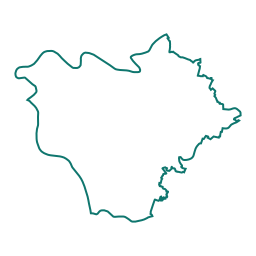 outline of Hung Ha, Thái Bình, Vietnam
{"feature_id": "81297802B42785936874032", "entity_name": "Hung Ha", "entity_type": "district", "adm_level": 2, "iso_a3": "VNM", "parent_name": "Vietnam", "parent_adm1": "Thái Bình", "projection": "albers", "projection_center": [106.238, 20.593], "detail": "fine", "context": "isolated", "style": "outline", "palette": "teal", "viewbox_px": 256, "rotation_deg": 0, "n_neighbors": 0, "source": "geoboundaries", "source_scale": "gbopen_adm2", "svg_char_len": 5768}
<svg xmlns="http://www.w3.org/2000/svg" viewBox="0 0 256 256"><path d="M236.8,108.9L235.6,108.3L234.3,108.2L232.9,108.5L230.6,109.3L228.8,109.6L223.3,109.1L223.1,104.5L222.5,104.1L220.1,103.7L219.9,103.8L219.7,103.8L219.5,103.6L219.5,103.4L219.7,102.7L218.9,102.5L218.2,102.0L217.4,101.9L217.3,101.6L217.3,100.8L217.0,100.6L217.0,100.3L216.5,99.8L216.3,98.9L215.8,97.7L214.4,96.1L215.2,94.9L214.4,93.7L215.3,91.3L215.2,90.8L212.6,88.4L210.9,89.8L210.1,88.6L209.5,87.9L209.7,86.4L209.9,85.8L210.8,84.1L211.3,82.7L212.8,80.3L212.0,80.1L211.8,79.9L211.5,78.0L210.8,78.0L210.4,78.8L208.0,78.1L207.3,78.1L207.1,78.0L206.6,76.9L206.0,76.3L203.3,75.0L202.9,75.5L202.8,76.2L200.6,76.2L199.1,75.8L198.0,75.8L197.8,75.7L199.4,69.6L199.7,68.7L200.0,66.4L199.6,66.4L199.1,65.3L198.8,65.1L198.3,64.9L198.3,64.7L198.1,64.1L198.1,63.6L198.2,63.3L198.7,62.9L200.0,62.8L200.4,62.7L200.5,62.5L200.3,59.0L199.9,59.1L199.1,59.7L196.2,60.2L195.2,60.6L194.1,61.5L193.4,62.5L193.0,62.5L192.3,61.7L190.9,60.8L190.1,60.0L188.1,59.4L184.9,58.1L182.5,57.3L180.7,57.3L178.6,56.2L178.2,55.3L174.2,52.6L173.1,51.7L172.6,52.0L172.2,52.1L171.6,51.8L170.0,52.3L169.5,52.2L169.4,51.3L169.8,49.4L170.1,46.8L170.0,45.7L170.1,44.3L169.9,41.2L169.4,41.0L169.1,40.6L167.6,38.3L168.7,37.8L166.5,34.4L164.3,35.2L161.6,36.8L159.5,38.2L155.7,41.2L152.9,44.1L152.1,45.1L149.4,50.2L148.9,50.8L148.2,51.5L145.4,52.6L141.8,53.7L139.5,54.1L136.4,54.3L135.0,54.6L133.6,55.1L132.3,55.7L131.2,56.5L130.9,56.8L130.8,57.2L130.9,57.9L132.9,60.8L135.6,63.8L139.0,67.2L139.4,67.8L140.1,69.6L140.1,70.5L140.0,71.1L139.7,71.6L139.1,71.9L138.1,72.1L133.8,72.1L132.5,71.9L129.0,70.8L127.8,70.6L126.5,70.4L120.1,70.0L117.3,69.6L115.7,69.2L114.6,68.6L109.9,65.2L93.7,54.7L89.6,53.2L88.8,53.0L85.9,52.7L85.2,52.7L84.5,52.9L83.5,53.4L81.7,55.3L81.2,56.4L81.0,57.4L80.8,58.5L80.9,60.5L80.7,64.3L80.6,65.2L80.0,66.1L79.0,67.2L77.5,67.9L76.2,68.0L73.3,67.9L72.4,67.5L67.6,63.7L64.5,60.8L61.8,58.2L59.6,55.7L57.6,53.7L53.7,51.4L52.4,51.0L51.2,50.9L47.1,51.1L45.3,51.6L44.1,52.1L42.9,53.0L42.1,53.8L40.4,55.8L37.2,60.3L34.1,63.8L32.2,65.0L30.9,65.7L28.8,66.5L27.9,66.7L23.1,66.8L20.4,67.2L19.4,67.4L18.4,68.0L17.6,68.6L16.9,69.3L16.2,70.5L15.5,72.8L15.4,73.7L15.6,75.4L16.1,76.8L16.7,77.4L18.2,78.2L19.0,78.3L24.2,77.6L24.8,77.6L25.2,77.8L32.4,84.2L35.2,86.1L35.5,86.6L35.7,87.0L36.5,90.6L36.5,91.2L36.4,91.8L35.9,92.6L33.8,94.9L30.6,97.4L28.3,99.0L27.4,100.0L29.0,100.7L29.8,101.2L30.7,102.3L34.6,106.0L36.2,108.0L38.0,111.5L38.2,112.8L38.0,117.0L38.1,124.1L38.0,125.4L37.0,129.0L36.7,131.8L36.5,133.2L36.6,138.8L36.8,140.8L37.1,142.3L37.7,144.1L39.1,148.0L39.6,149.0L40.7,150.5L41.6,151.5L43.8,153.0L45.3,153.7L47.8,154.7L49.0,155.0L50.6,155.3L59.9,156.4L61.7,156.8L63.9,157.5L65.9,158.6L66.9,159.3L68.7,160.7L69.4,161.5L70.7,163.6L71.8,166.2L72.3,167.3L79.2,175.9L81.1,178.8L82.6,181.7L84.5,186.5L87.6,196.6L88.4,200.3L89.0,203.6L90.4,210.1L90.9,213.3L93.0,213.4L96.2,214.3L96.7,214.2L97.7,213.6L99.3,211.6L100.3,210.8L101.4,210.4L104.1,210.3L107.3,211.3L107.9,211.6L113.2,216.5L113.7,216.7L114.2,216.8L115.4,216.8L119.2,216.5L122.0,216.5L123.0,216.5L124.3,216.7L125.2,217.0L126.4,217.7L128.7,219.2L131.0,221.0L131.7,221.4L132.5,221.6L135.4,221.6L141.8,220.2L144.3,219.4L147.0,218.1L148.1,217.4L150.6,216.6L152.4,216.2L152.2,215.6L151.7,214.7L150.5,213.9L150.7,213.2L150.7,211.7L153.0,204.7L154.6,200.1L154.9,199.6L155.1,199.6L156.9,200.3L158.6,200.8L158.8,200.7L159.0,200.3L159.8,199.4L159.9,198.8L159.9,198.3L160.3,197.8L160.5,196.9L161.1,196.6L161.2,196.8L161.2,197.3L161.7,197.5L161.8,197.8L161.4,198.5L161.6,199.0L161.5,199.3L161.4,199.4L160.9,199.3L160.9,199.8L160.5,200.1L160.5,200.3L160.7,200.5L161.0,200.5L162.1,200.5L162.3,200.4L162.5,199.8L163.2,199.4L163.0,198.5L163.4,197.7L163.5,197.6L163.8,198.1L164.0,198.3L165.0,198.8L165.3,198.7L164.9,197.7L165.0,197.5L165.5,197.3L166.8,197.4L167.1,197.0L167.2,196.5L167.1,196.0L166.4,194.9L166.4,194.5L166.9,194.0L166.8,193.5L167.5,192.8L168.0,192.0L168.0,191.7L167.8,191.5L167.4,191.4L166.4,191.4L166.3,190.3L165.2,189.2L164.7,188.9L163.7,188.8L163.2,188.6L162.6,187.7L162.6,186.8L160.0,186.2L160.3,185.4L159.1,184.8L159.4,182.9L160.8,182.9L161.5,179.7L162.1,178.9L161.7,178.6L161.5,178.1L161.2,177.8L161.2,177.6L162.0,176.9L162.1,176.2L163.0,175.5L163.1,174.6L163.2,174.2L163.7,173.9L165.9,173.7L166.2,173.5L165.9,172.8L165.2,172.1L164.2,170.6L162.5,168.5L162.5,168.4L162.8,168.1L164.5,167.5L165.4,167.4L165.9,167.9L166.9,168.1L167.0,168.2L166.4,169.5L166.6,170.1L167.0,170.5L167.3,170.7L168.3,170.7L169.1,170.9L169.5,170.7L171.8,168.5L171.9,168.4L171.5,167.9L171.4,167.4L171.7,166.9L171.8,166.9L172.6,167.9L173.2,168.4L174.5,168.4L174.7,168.6L175.2,169.4L175.3,170.2L175.5,170.9L175.9,171.3L176.7,171.3L177.1,171.8L178.2,171.8L181.4,172.5L182.0,172.5L183.1,171.8L184.1,172.3L185.6,168.8L184.8,168.7L182.7,168.1L181.7,167.5L181.3,167.0L181.3,166.8L181.9,166.6L182.0,166.4L182.0,165.6L181.8,165.2L180.8,164.0L179.8,162.3L179.3,161.1L179.0,158.2L179.2,157.2L180.6,157.1L181.4,158.1L182.6,159.4L183.2,159.8L184.4,160.0L185.0,160.0L186.6,159.9L188.5,159.5L189.7,159.1L191.4,158.3L192.4,157.4L193.2,156.3L193.6,155.3L194.6,151.7L195.6,148.6L196.4,147.1L197.4,145.7L199.1,143.8L199.9,143.4L201.0,143.4L202.6,138.7L203.7,139.0L203.9,138.9L204.8,137.4L205.9,135.9L208.0,136.5L208.2,136.8L207.7,137.7L210.5,139.2L213.6,136.5L218.8,137.6L219.1,136.6L219.3,136.4L220.1,136.4L220.3,134.4L220.8,131.9L221.9,131.9L222.6,128.2L224.1,128.4L226.0,128.5L226.8,128.4L227.9,128.1L228.9,127.4L231.1,124.8L231.7,124.4L233.9,123.3L236.5,122.3L239.1,120.6L238.5,120.2L238.4,120.2L236.9,121.3L236.7,121.4L235.8,120.4L235.1,119.8L234.2,119.5L234.0,119.4L234.0,119.2L234.2,118.6L234.5,118.3L240.6,115.4L240.5,112.7L240.1,111.7L238.3,110.1L236.8,108.9Z" fill="none" stroke="#0f766e" stroke-width="2"/></svg>